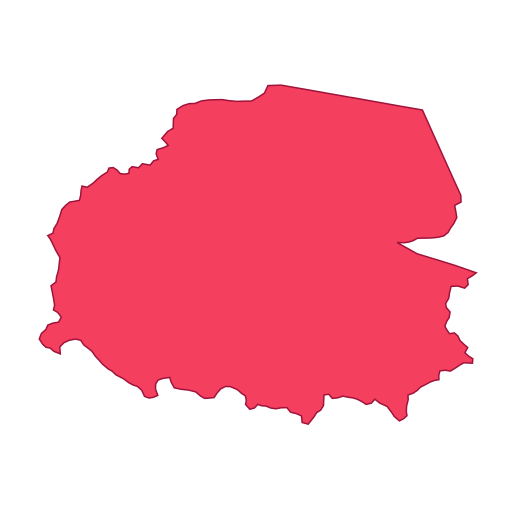 outline of Rio Bananal, Espírito Santo, Brazil, rotated 268°
{"feature_id": "56859067B48678368880409", "entity_name": "Rio Bananal", "entity_type": "district", "adm_level": 2, "iso_a3": "BRA", "parent_name": "Brazil", "parent_adm1": "Espírito Santo", "projection": "albers", "projection_center": [-40.336, -19.221], "detail": "fine", "context": "isolated", "style": "filled", "palette": "rose", "viewbox_px": 512, "rotation_deg": 268, "n_neighbors": 0, "source": "geoboundaries", "source_scale": "gbopen_adm2", "svg_char_len": 3030}
<svg xmlns="http://www.w3.org/2000/svg" viewBox="0 0 512 512"><g transform="rotate(268 256 256)"><path d="M93.3,308.4L97.3,311.1L99.6,315.1L104.1,318.2L109.2,318.6L114.8,319.1L115.2,324.0L111.0,327.3L111.4,332.6L112.9,338.0L111.8,342.5L110.7,348.2L109.3,352.3L106.5,357.2L103.8,361.0L104.9,366.1L108.7,369.8L104.7,374.5L101.1,381.7L95.3,385.9L90.8,388.6L86.2,393.6L88.3,397.9L91.1,401.3L95.4,400.8L100.9,401.3L107.2,403.1L111.7,403.0L113.5,408.4L116.1,412.5L119.2,415.8L121.5,420.7L123.9,425.6L125.5,430.3L126.0,434.5L130.3,434.5L134.8,435.8L135.2,441.2L134.2,446.3L137.1,451.4L139.9,455.9L142.0,459.9L141.7,463.9L141.3,468.6L145.7,469.1L148.7,464.8L152.0,461.4L157.1,464.4L160.9,460.3L164.3,457.0L169.1,454.9L172.2,451.6L171.6,446.7L175.3,444.3L179.2,442.3L184.0,444.3L187.8,446.9L193.2,448.0L198.1,444.3L202.0,443.9L207.1,447.2L212.8,448.2L218.9,450.0L218.9,456.7L216.6,463.4L219.9,467.0L226.0,466.5L228.3,470.8L231.5,475.5L239.5,455.0L249.5,426.2L252.6,417.1L264.5,397.5L264.1,404.8L264.7,409.7L266.0,413.9L268.1,418.0L268.1,422.3L267.9,428.9L268.0,434.2L268.5,439.5L269.6,444.5L273.0,448.9L276.9,451.2L281.3,454.6L287.4,458.0L293.8,457.2L299.6,456.3L302.8,462.8L309.5,462.8L328.4,455.0L350.7,445.9L396.1,427.4L399.3,412.3L400.5,406.4L410.7,359.0L411.6,354.1L416.3,332.3L425.9,287.0L425.9,273.9L418.5,270.1L414.7,263.9L411.0,256.8L411.2,249.2L411.2,242.3L412.1,234.9L413.5,227.6L413.6,221.5L413.6,214.0L412.9,206.9L410.6,200.3L410.6,194.6L408.9,188.4L405.3,182.1L400.3,181.7L396.3,178.3L391.7,178.0L386.6,177.7L383.5,172.0L376.9,166.0L372.9,169.6L369.6,172.1L367.4,167.0L365.8,160.9L361.6,159.8L355.9,161.6L354.8,157.1L350.5,153.3L352.2,145.7L348.3,141.7L349.6,135.3L347.1,132.3L343.1,131.9L342.4,127.9L343.1,123.2L346.7,120.2L349.4,116.3L349.0,112.1L345.2,110.5L341.6,104.4L338.1,99.8L334.5,95.8L330.6,89.6L332.0,84.6L327.9,83.5L322.7,82.9L317.8,81.5L317.0,76.2L316.4,71.7L313.2,67.5L309.2,63.5L302.9,61.4L295.4,58.3L290.5,55.0L285.9,53.9L283.7,48.6L280.1,51.0L274.9,53.4L268.6,56.1L261.2,60.0L254.8,59.0L250.2,58.4L246.5,57.4L242.0,55.9L237.0,55.2L233.4,50.1L226.7,51.2L219.6,52.3L213.8,53.0L209.2,51.7L206.5,55.9L201.6,59.3L196.8,56.3L195.9,50.1L194.2,45.5L189.8,43.4L186.2,38.9L180.6,36.5L175.2,39.8L172.1,43.0L171.1,47.2L167.7,50.8L165.0,57.0L171.9,56.7L175.9,60.8L178.2,66.1L179.3,72.6L177.9,77.9L173.0,80.9L169.8,84.9L166.5,88.7L161.4,92.0L157.9,95.1L153.2,98.9L148.5,104.1L145.8,108.3L142.2,111.8L137.9,119.4L133.7,124.6L131.3,128.8L129.8,133.0L125.8,137.1L119.6,139.7L117.8,144.2L118.3,148.4L120.1,153.0L126.7,150.9L131.8,151.3L135.5,153.9L137.0,159.1L137.6,165.5L133.0,166.8L127.1,169.7L125.5,176.1L124.3,184.0L122.3,191.0L118.0,195.7L115.5,199.6L115.6,203.8L116.0,209.2L120.4,212.3L124.4,216.1L126.7,220.9L126.3,225.9L123.1,232.8L119.2,236.8L116.7,240.4L112.0,241.3L108.0,240.4L103.0,244.5L104.2,249.2L107.6,252.6L106.1,256.5L105.7,260.7L103.6,265.3L102.6,270.4L103.4,275.6L103.4,281.5L98.6,285.2L97.1,290.8L94.6,295.9L88.0,296.3L86.1,302.3L93.3,308.4Z" fill="#f43f5e" stroke="#9f1239" stroke-width="1.5"/></g></svg>